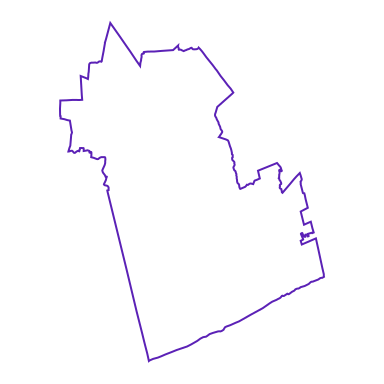 the district of Hoa Binh, Bạc Liêu, Vietnam
{"feature_id": "81297802B62740202990840", "entity_name": "Hoa Binh", "entity_type": "district", "adm_level": 2, "iso_a3": "VNM", "parent_name": "Vietnam", "parent_adm1": "Bạc Liêu", "projection": "natural_earth1", "projection_center": [105.623, 9.258], "detail": "fine", "context": "isolated", "style": "outline", "palette": "violet", "viewbox_px": 384, "rotation_deg": 0, "n_neighbors": 0, "source": "geoboundaries", "source_scale": "gbopen_adm2", "svg_char_len": 5848}
<svg xmlns="http://www.w3.org/2000/svg" viewBox="0 0 384 384"><path d="M277.0,163.0L276.3,163.3L258.0,170.7L259.8,178.5L256.9,179.8L254.7,180.6L254.4,181.0L253.2,184.1L250.8,183.5L250.0,183.6L249.3,183.9L248.2,184.8L247.6,184.9L247.0,184.7L246.9,184.7L246.0,186.0L245.7,186.3L245.2,186.8L240.8,188.7L240.3,188.9L240.0,188.7L239.4,187.2L239.1,184.9L238.6,183.9L238.0,183.5L237.5,182.9L237.3,182.3L237.1,181.4L237.0,179.6L236.7,178.7L236.7,176.6L236.3,175.5L236.4,174.2L236.3,173.8L235.9,173.0L235.6,171.6L235.4,171.3L235.3,171.0L234.3,170.2L234.2,170.0L233.6,168.4L233.4,167.4L233.5,167.1L233.9,166.3L234.4,165.5L234.6,164.9L234.6,164.4L234.3,163.4L234.4,162.7L234.4,162.3L234.1,161.7L232.6,160.2L232.3,159.8L232.2,159.3L232.1,158.1L232.2,157.7L232.7,157.3L232.7,155.0L232.6,154.8L232.0,154.3L231.9,153.7L231.9,152.7L231.4,150.4L230.8,148.3L230.0,146.3L228.7,142.0L228.1,140.6L227.6,140.2L225.8,139.4L218.9,137.1L219.5,136.4L220.0,135.4L221.0,134.2L221.4,133.4L222.0,132.6L222.2,132.0L222.2,131.5L221.8,130.6L220.7,129.2L220.5,128.6L220.2,127.1L220.0,126.5L219.0,124.5L218.6,123.6L218.5,122.4L216.8,119.4L216.3,117.9L215.3,116.3L215.0,115.2L215.1,114.1L215.7,112.4L217.3,106.9L232.3,93.6L233.3,92.6L230.7,88.7L227.5,85.0L224.1,80.4L220.6,76.0L217.2,71.0L216.3,69.8L215.8,69.3L212.7,65.1L206.4,57.3L203.5,53.3L201.9,51.2L200.0,49.0L198.7,47.7L198.6,48.0L198.1,48.4L197.4,48.9L196.5,49.2L194.8,49.3L193.8,49.3L192.9,49.2L192.5,48.9L192.1,48.5L191.6,47.8L190.9,47.9L189.0,49.0L187.2,49.5L186.4,50.0L185.1,50.4L183.7,51.1L181.9,50.3L180.8,49.7L180.1,49.6L178.9,49.7L178.7,49.3L178.7,48.6L178.7,48.2L178.1,46.9L178.0,46.4L178.1,45.5L175.4,48.0L173.1,50.1L161.8,50.9L158.2,51.2L154.6,51.5L147.8,51.6L144.8,51.9L143.9,52.0L143.6,52.4L143.9,52.9L143.9,53.0L143.9,53.3L143.7,53.6L142.3,53.9L142.0,54.0L141.7,54.5L141.5,55.4L141.6,56.5L141.6,57.0L141.1,59.4L141.1,60.3L140.6,62.2L140.4,62.4L140.4,63.1L140.1,66.0L137.5,62.3L136.5,60.9L130.3,51.6L127.0,46.9L118.5,34.6L117.0,32.5L110.3,23.0L106.2,38.4L105.3,41.5L105.1,42.1L104.9,42.4L105.0,42.9L104.6,45.2L103.9,49.2L103.7,50.6L102.4,57.3L101.7,61.3L101.4,61.7L100.3,61.4L99.7,61.4L99.4,61.5L98.9,61.6L97.8,62.5L97.0,62.8L96.4,62.8L95.3,62.5L92.7,62.7L91.6,62.7L91.2,62.7L89.9,63.2L89.4,63.9L89.2,64.4L88.7,72.0L88.4,73.5L88.2,77.0L87.9,79.0L86.3,78.2L80.7,76.0L81.8,95.2L82.2,99.8L79.5,100.0L73.0,99.9L66.5,100.3L60.3,100.5L60.3,103.1L60.0,108.6L60.1,114.9L60.2,116.1L60.6,116.2L60.6,118.5L64.4,119.2L67.3,120.1L69.9,120.6L71.5,130.5L72.0,132.4L71.9,132.8L71.5,134.1L71.2,134.6L71.0,137.5L70.3,145.7L69.4,148.0L68.4,151.5L68.9,151.5L71.1,150.8L72.1,150.8L72.7,151.3L73.9,152.7L74.3,152.9L74.7,152.9L75.2,152.7L76.2,151.8L77.5,151.0L78.0,150.9L79.3,151.3L79.4,151.1L79.5,149.7L79.8,149.6L79.9,149.4L80.0,148.1L81.0,148.0L83.5,148.1L83.6,148.3L83.7,148.9L83.7,151.0L86.2,150.6L87.3,150.3L87.7,150.3L88.9,150.9L89.3,150.9L89.5,151.1L89.5,152.5L90.0,152.7L90.3,152.4L90.4,152.1L90.5,152.0L91.1,152.0L91.3,152.2L91.4,152.6L91.4,154.9L91.2,157.2L93.6,157.8L96.7,159.0L97.3,159.1L97.8,159.1L98.3,159.0L99.2,158.2L99.9,157.7L100.8,157.3L101.5,157.1L102.3,157.1L102.9,157.1L104.3,157.1L104.8,157.2L105.1,157.4L105.3,158.1L105.4,159.7L105.2,160.9L105.2,163.0L105.0,163.8L104.6,165.2L102.6,169.6L102.3,170.5L102.4,170.9L102.6,171.7L103.0,172.6L103.5,173.3L104.8,175.0L105.0,175.3L105.5,176.6L105.6,176.8L106.4,176.6L106.6,176.6L106.8,176.7L106.8,176.9L106.3,178.1L106.0,179.5L105.9,180.0L105.0,182.0L104.1,183.8L103.9,184.3L104.2,184.8L104.7,185.2L106.9,185.7L107.6,186.0L108.3,186.9L108.6,187.6L108.6,190.1L107.3,190.5L107.7,192.4L126.5,269.2L136.6,311.4L142.1,333.1L144.3,342.1L145.6,347.2L147.2,353.3L148.9,361.0L149.5,360.5L153.1,358.9L157.9,357.6L161.4,356.2L165.3,354.5L172.0,351.9L176.7,350.0L187.1,346.5L191.2,344.4L197.3,340.9L200.4,338.6L203.1,337.2L204.6,336.9L206.0,336.7L207.1,336.0L209.6,334.1L213.0,332.9L218.1,331.4L219.5,331.3L220.5,331.4L221.8,330.9L223.5,329.8L224.4,328.2L225.1,327.2L226.5,326.5L230.2,325.2L235.8,322.7L239.0,321.4L250.6,314.8L262.7,308.2L269.7,303.3L272.2,301.7L276.4,299.9L278.2,298.9L279.5,298.3L280.6,297.5L281.9,295.9L282.4,295.7L283.1,296.0L284.0,295.9L286.9,294.0L287.3,293.7L287.7,293.8L288.2,294.2L288.7,294.2L289.4,293.8L292.0,291.8L294.2,290.7L294.7,290.2L295.2,289.5L295.9,289.1L297.2,288.6L298.2,288.6L299.5,288.1L300.5,287.2L304.7,286.0L308.7,284.0L310.7,282.1L311.7,281.7L312.6,281.7L313.6,281.3L318.3,279.5L320.3,278.1L321.5,277.8L322.3,277.8L324.0,276.8L323.8,276.0L323.8,274.1L323.6,273.4L322.3,267.8L318.1,248.3L315.9,238.4L301.8,244.5L300.7,240.8L302.9,239.7L303.1,239.5L303.2,239.3L301.1,234.4L300.9,233.9L301.0,233.6L301.7,233.2L302.1,233.0L302.3,233.1L303.5,235.9L303.9,236.4L304.4,236.7L304.7,236.8L305.1,236.8L305.2,236.5L305.2,235.1L305.4,234.7L306.4,234.5L306.8,234.6L307.1,235.0L307.5,236.4L308.3,236.3L308.6,236.1L308.2,234.3L308.1,233.8L312.0,232.7L312.4,232.6L312.5,233.0L313.7,232.5L312.4,228.2L310.8,221.7L304.0,224.7L302.6,219.1L300.7,211.5L307.8,207.8L305.6,199.1L304.8,195.1L304.3,193.3L303.2,193.2L302.9,193.0L300.6,183.9L300.8,183.2L300.8,182.9L300.6,182.3L300.5,181.8L300.6,181.5L301.3,180.7L301.7,179.6L301.7,179.0L300.6,175.3L299.8,173.0L296.5,176.4L293.9,179.3L290.1,183.9L282.5,192.8L281.9,192.3L281.8,191.4L281.8,191.0L281.5,190.2L281.4,189.2L281.1,188.9L280.2,188.5L279.8,188.0L279.7,187.2L280.0,186.2L279.8,185.3L279.9,184.9L280.2,184.5L281.0,184.1L281.2,183.9L281.2,183.2L281.0,182.4L280.4,181.4L280.3,180.9L280.2,180.7L279.6,180.1L279.4,179.7L279.3,178.9L278.7,178.2L278.8,178.0L279.2,177.5L279.2,177.4L279.1,176.4L279.3,175.8L279.1,175.0L279.4,174.3L279.6,172.7L279.6,172.2L279.2,170.9L279.2,170.2L279.7,169.8L280.0,169.7L280.2,169.8L280.7,170.7L281.0,171.0L281.4,171.2L281.7,171.0L281.8,170.8L281.4,169.8L280.9,168.0L280.7,167.6L280.3,166.8L278.8,165.2L277.3,163.3L277.0,163.0Z" fill="none" stroke="#5b21b6" stroke-width="2"/></svg>